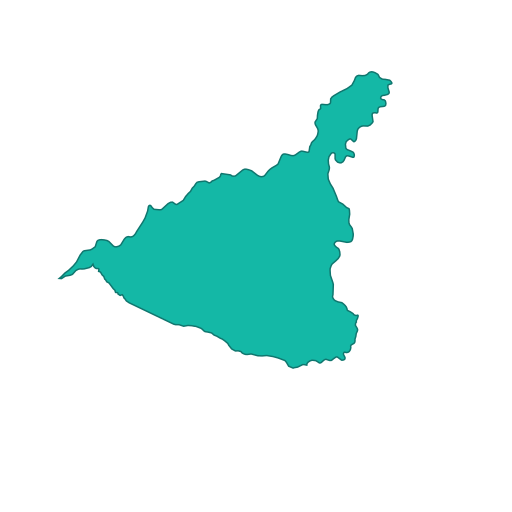 the district of Arenal, Yoro, Honduras, rotated 338°
{"feature_id": "27666195B63799157965046", "entity_name": "Arenal", "entity_type": "district", "adm_level": 2, "iso_a3": "HND", "parent_name": "Honduras", "parent_adm1": "Yoro", "projection": "natural_earth1", "projection_center": [-86.801, 15.351], "detail": "fine", "context": "isolated", "style": "filled", "palette": "teal", "viewbox_px": 512, "rotation_deg": 338, "n_neighbors": 0, "source": "geoboundaries", "source_scale": "gbopen_adm2", "svg_char_len": 6150}
<svg xmlns="http://www.w3.org/2000/svg" viewBox="0 0 512 512"><g transform="rotate(338 256 256)"><path d="M324.3,354.9L324.5,354.1L325.0,353.3L326.6,352.0L327.9,350.4L328.3,349.7L328.3,349.2L328.0,348.9L327.3,348.9L326.2,348.5L325.2,347.6L324.7,347.0L324.5,346.0L323.9,345.0L322.4,342.9L320.6,340.9L320.3,340.1L320.6,339.1L320.6,337.1L320.1,335.3L319.3,333.5L318.1,331.4L314.9,329.3L312.7,327.1L312.1,326.1L311.8,325.1L311.6,323.8L311.6,322.7L312.0,321.9L312.9,320.6L317.0,311.4L317.3,309.4L317.7,301.9L319.2,297.3L319.9,295.6L321.7,293.5L323.1,292.2L324.2,291.7L328.1,290.4L331.3,289.1L333.5,287.5L334.3,286.4L335.2,283.5L335.4,280.9L335.1,279.8L333.9,278.1L333.0,276.0L332.8,274.8L333.3,273.8L334.1,273.1L335.1,272.7L336.4,272.5L337.5,272.7L339.2,273.4L345.4,277.4L347.5,278.0L349.3,278.2L350.6,277.7L351.8,276.6L353.6,273.8L354.4,272.0L355.5,266.7L355.3,265.1L354.5,262.1L354.6,260.0L355.7,257.0L358.5,252.4L359.7,248.8L360.0,247.3L359.8,246.8L358.1,245.0L355.9,240.4L353.1,237.0L352.8,236.4L352.7,235.2L352.9,230.8L352.8,222.0L351.9,216.8L351.8,212.0L352.0,211.1L353.4,206.7L356.1,203.5L357.1,201.8L357.4,200.6L357.7,197.9L358.9,194.2L360.9,191.2L364.3,189.0L365.1,188.9L365.8,189.0L366.5,189.3L367.0,189.7L367.4,190.4L367.5,191.2L365.8,195.4L365.7,196.7L366.8,199.5L368.4,200.9L369.8,201.5L371.9,201.2L373.5,200.2L376.2,197.6L377.5,197.1L378.3,197.3L379.3,197.9L382.8,200.8L383.6,201.0L384.4,200.3L385.0,199.2L385.2,197.9L385.1,196.6L384.8,196.0L383.5,194.5L380.4,191.5L379.9,190.5L379.7,189.7L380.8,185.8L382.5,183.7L385.4,182.7L387.1,182.6L387.9,183.4L389.4,186.6L389.9,186.8L391.1,186.5L392.2,185.8L393.1,184.8L396.6,178.2L397.8,176.7L398.9,176.0L400.5,175.4L402.5,175.2L404.3,175.6L408.3,177.4L410.9,177.3L413.7,176.1L414.8,175.3L416.3,169.2L416.8,168.1L417.4,167.5L418.1,167.3L419.0,167.4L420.3,167.9L421.3,168.6L421.9,168.7L422.6,168.4L423.0,167.9L424.2,165.4L424.7,164.7L425.4,164.3L426.2,164.1L427.3,164.2L430.0,165.0L431.2,165.2L431.9,165.1L432.6,164.8L433.5,163.4L433.9,161.8L434.0,160.6L433.3,159.2L431.7,158.3L431.0,157.5L430.6,156.6L431.1,155.6L431.9,154.9L433.1,154.6L434.0,154.7L435.3,155.1L438.7,155.5L440.0,155.1L440.5,154.7L440.9,153.9L441.3,149.4L442.3,147.0L443.8,146.8L446.1,147.1L446.7,146.7L446.8,146.2L446.5,144.7L445.8,143.1L442.1,140.7L439.8,139.6L439.0,138.9L437.4,136.7L437.2,133.9L436.9,133.0L434.9,130.5L433.3,129.1L431.9,128.4L430.4,128.2L429.2,128.4L427.3,129.3L424.8,129.5L422.2,128.7L418.9,127.0L417.1,126.9L416.2,127.2L415.1,127.8L412.9,130.2L408.9,133.5L403.1,134.9L395.6,135.4L388.4,136.5L386.0,137.1L384.1,138.3L382.7,141.4L382.2,142.1L381.7,142.4L380.6,142.6L379.0,142.5L377.3,141.8L374.4,140.3L373.4,140.0L372.7,140.2L372.1,140.8L371.2,143.4L370.5,143.8L369.5,143.9L368.8,144.2L367.5,145.6L365.7,148.6L364.3,151.6L361.1,153.8L360.7,154.4L360.4,155.4L360.3,156.6L360.9,160.7L360.8,162.4L360.3,163.9L358.7,166.4L357.5,167.7L355.0,169.5L353.5,170.3L351.2,171.1L349.7,172.0L348.6,173.4L346.8,174.8L344.6,178.6L344.1,179.2L343.6,179.4L342.4,179.1L338.6,176.4L337.2,175.7L335.0,175.9L330.6,177.0L329.1,177.1L328.0,176.9L326.2,176.0L323.6,173.9L321.5,172.5L320.2,171.9L319.1,171.8L317.8,172.3L316.7,173.1L310.9,179.0L308.8,179.6L303.7,180.3L301.1,181.0L299.0,181.9L294.4,184.6L292.9,185.0L290.6,184.5L289.0,183.4L287.6,181.8L283.9,175.4L281.4,173.2L279.2,171.7L277.7,171.2L275.9,171.3L267.3,174.0L266.3,174.0L264.4,173.3L263.7,172.7L263.0,171.6L262.5,171.1L254.8,166.6L253.9,167.2L253.0,168.5L251.6,169.3L245.5,170.1L243.4,170.0L241.7,170.7L240.4,170.8L239.9,170.7L237.7,168.1L236.7,167.4L230.9,165.8L229.0,165.6L227.3,166.4L224.8,168.2L222.4,169.2L219.4,171.6L216.7,172.6L213.0,174.5L209.4,177.2L202.1,178.6L201.5,178.4L200.8,177.9L198.8,174.8L197.0,174.2L194.1,174.5L186.4,177.4L185.5,177.5L184.2,177.2L178.9,174.5L177.9,172.3L177.3,169.9L176.7,169.3L176.1,169.2L175.4,169.4L174.7,170.0L172.3,173.8L167.4,179.2L163.8,182.1L154.4,188.7L152.6,190.2L150.3,191.4L148.9,191.7L147.7,191.6L146.6,191.3L144.9,190.2L143.7,190.0L142.7,190.0L141.5,190.4L140.1,191.1L134.7,195.1L132.4,195.5L130.0,195.2L128.6,194.6L127.5,193.4L125.0,187.4L123.6,185.8L121.4,184.3L118.9,183.0L117.0,182.4L115.5,182.3L114.5,182.6L113.8,183.1L110.4,187.2L106.9,188.1L104.7,188.3L98.6,186.8L97.2,187.0L93.4,189.2L87.4,194.3L83.0,196.7L76.9,199.1L72.5,200.2L67.9,202.2L65.2,203.1L67.2,204.1L71.7,203.2L76.3,204.2L78.3,204.3L79.3,204.1L83.5,202.0L86.1,201.7L87.9,202.0L90.1,203.0L92.0,203.6L97.0,204.3L99.4,204.0L101.8,202.5L101.7,205.0L102.4,206.8L103.3,207.8L105.1,208.6L105.4,209.0L105.3,209.6L104.3,211.3L105.5,212.3L105.8,212.9L106.3,216.1L107.2,217.9L107.1,220.8L107.6,221.6L108.0,224.1L109.3,225.5L109.7,226.3L111.4,232.8L112.3,234.8L112.4,235.6L112.1,236.4L112.2,237.2L113.9,238.1L114.0,238.8L113.9,239.8L114.7,240.7L115.1,241.5L115.5,241.7L117.1,241.7L117.5,241.8L117.9,243.3L117.9,245.6L118.3,246.2L119.0,249.1L120.8,251.8L154.2,288.4L155.7,289.5L159.0,290.9L162.6,294.0L166.9,294.9L170.4,296.6L172.4,297.9L173.9,298.7L177.9,302.4L178.7,303.7L179.7,306.0L180.4,307.0L182.9,308.5L186.0,310.7L187.5,313.6L189.6,315.6L192.1,318.9L193.6,320.4L195.1,322.7L197.1,326.5L197.3,328.5L198.6,333.0L201.3,336.3L203.9,337.2L205.9,338.7L206.4,339.3L206.6,340.3L207.2,341.2L208.3,342.4L209.4,343.3L210.9,344.0L214.8,345.0L220.2,349.1L224.2,350.9L228.7,352.3L234.1,355.6L238.3,358.8L243.7,363.8L244.4,366.1L245.0,370.4L248.4,373.8L249.7,373.9L252.9,374.6L258.7,374.2L260.1,374.8L262.2,376.2L263.0,374.8L264.7,373.9L266.7,373.5L268.8,373.6L269.5,373.9L272.2,375.4L273.5,377.1L274.4,378.5L275.2,379.2L276.6,379.2L279.9,378.0L281.3,377.8L282.2,378.0L285.1,380.4L286.5,381.0L287.5,380.9L289.6,380.2L290.3,380.1L291.9,379.7L292.9,379.7L293.4,380.0L293.9,380.6L296.3,384.6L297.6,385.1L299.2,385.1L299.9,384.7L300.4,383.8L300.5,383.1L300.2,380.3L300.5,379.3L301.2,378.5L301.7,378.3L302.3,378.4L303.4,379.3L304.4,379.6L305.5,379.7L306.5,379.5L307.7,378.8L308.7,377.8L309.6,376.4L310.0,375.0L310.5,374.4L311.3,374.1L314.0,373.7L314.7,373.4L315.4,372.8L316.0,371.8L316.6,370.2L318.4,368.0L319.9,365.4L321.8,363.6L322.4,362.8L322.7,362.0L322.7,360.8L322.2,357.5L323.0,355.9L323.8,355.1L324.3,354.9Z" fill="#14b8a6" stroke="#0f766e" stroke-width="1.5"/></g></svg>